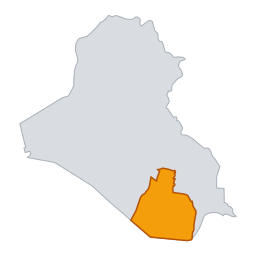 Al-Muthannia on a map of Iraq (Natural Earth projection)
{"feature_id": "IRQ-3223", "entity_name": "Al-Muthannia", "entity_type": "Province", "adm_level": 1, "iso_a3": "IRQ", "parent_name": "Iraq", "parent_adm1": "", "projection": "natural_earth1", "projection_center": [45.575, 30.396], "detail": "fine", "context": "in_parent", "style": "filled", "palette": "amber", "viewbox_px": 256, "rotation_deg": 0, "n_neighbors": 0, "source": "natural_earth", "source_scale": "10m", "svg_char_len": 4560}
<svg xmlns="http://www.w3.org/2000/svg" viewBox="0 0 256 256"><path d="M99.9,22.5L102.0,21.9L106.0,18.7L108.3,15.6L109.0,15.4L111.1,16.4L112.5,16.6L115.9,15.5L117.9,16.1L119.6,16.9L120.6,16.9L125.1,18.8L126.2,19.0L128.6,19.3L132.1,19.4L134.3,18.1L135.9,16.9L137.0,17.0L138.1,17.3L139.0,17.8L139.8,18.7L140.2,19.9L140.0,24.0L140.3,25.1L140.9,25.9L141.7,26.0L142.7,25.1L144.4,23.8L146.4,22.4L147.9,21.1L148.8,20.7L150.2,20.7L151.5,20.9L152.3,21.6L152.3,21.8L153.0,23.7L154.8,30.8L155.8,31.7L156.9,32.5L157.8,33.6L158.1,34.6L158.0,36.3L158.0,38.2L158.5,39.7L159.2,40.8L159.8,41.4L160.7,41.4L161.8,41.7L162.6,42.8L165.0,51.0L165.2,52.1L166.2,52.4L167.9,52.2L169.6,53.1L171.4,54.4L173.1,56.9L174.3,57.3L177.9,56.9L182.8,57.3L185.1,58.6L184.9,59.4L183.1,60.3L180.0,61.3L179.1,63.1L178.5,65.4L178.6,66.6L179.4,68.0L181.6,70.8L181.8,71.9L182.2,73.3L182.6,74.2L182.1,76.1L180.1,77.4L177.5,78.8L172.1,85.0L171.7,86.4L171.8,90.0L171.2,91.1L169.6,91.1L168.2,90.9L168.2,92.2L167.3,93.9L166.9,95.4L168.8,98.9L169.2,100.8L168.9,102.5L167.0,105.5L166.0,107.4L166.2,107.9L167.6,108.7L172.1,115.2L173.5,117.4L175.3,116.8L176.0,116.9L176.6,117.2L176.9,118.0L176.9,119.0L176.5,120.4L178.8,121.0L179.7,122.5L182.5,127.5L182.4,129.0L181.0,131.4L181.0,133.0L181.3,134.4L181.8,134.9L185.9,135.1L187.6,135.7L191.9,138.3L196.7,142.2L200.7,145.5L204.1,148.3L207.7,148.0L208.7,148.6L209.6,149.4L210.7,151.7L212.8,156.8L214.6,158.5L217.3,162.6L219.9,166.5L218.2,171.7L216.6,177.2L216.6,184.2L216.7,188.0L220.2,188.2L224.0,188.3L224.1,192.8L224.2,197.4L224.2,202.6L225.4,202.8L227.2,203.9L228.0,205.6L228.9,206.5L230.1,206.6L231.3,207.5L232.5,209.0L232.9,210.1L232.6,210.9L232.8,212.2L233.6,214.2L234.6,215.1L236.2,216.2L234.1,216.9L231.9,216.4L227.1,214.1L225.6,214.0L223.6,214.9L223.5,215.7L218.5,213.1L216.7,212.6L216.0,212.6L213.1,212.6L209.0,213.0L206.6,214.1L205.0,215.2L204.2,216.3L203.9,216.8L202.7,220.0L201.2,224.1L199.6,227.8L196.6,232.9L194.9,235.3L191.3,239.7L187.4,240.6L178.3,239.8L168.2,238.8L158.1,237.8L150.7,237.1L150.1,236.9L142.7,230.5L136.9,225.5L129.7,219.3L122.3,212.9L114.8,206.5L109.4,201.8L102.8,195.7L96.8,190.2L92.1,185.9L86.0,182.1L81.3,179.1L74.4,174.8L68.9,171.3L64.1,168.4L56.9,163.8L54.5,162.6L46.9,161.0L39.8,159.8L32.4,158.4L27.4,157.5L30.8,154.3L29.8,151.4L27.4,151.9L25.2,152.6L24.0,148.1L25.7,147.5L24.2,141.6L22.7,135.6L21.3,129.7L19.8,123.7L26.2,119.8L30.9,117.0L37.5,112.9L43.8,109.1L49.9,105.4L56.5,101.3L62.5,97.7L67.9,96.2L69.0,95.0L71.6,90.1L73.7,85.8L73.8,84.8L73.9,78.8L74.4,71.7L75.1,68.0L76.4,64.6L77.5,62.2L77.7,59.9L77.6,57.6L76.5,54.1L75.3,50.5L75.5,47.0L75.7,45.1L76.5,42.1L77.8,39.9L79.2,38.5L84.3,37.1L87.3,36.3L91.4,32.4L93.8,30.1L97.2,26.5L99.7,23.8L99.9,22.8L99.9,22.5Z" fill="#d9dde1" stroke="#a8b0b8" stroke-width="1"/><path d="M191.9,239.0L191.3,239.8L190.3,240.0L189.3,240.2L188.9,240.3L188.4,240.4L187.4,240.6L185.0,240.4L183.3,240.3L181.6,240.1L179.9,239.9L178.2,239.8L175.9,239.5L173.6,239.3L171.3,239.1L169.0,238.9L166.7,238.7L164.5,238.4L162.2,238.2L159.9,238.0L158.1,237.8L156.3,237.7L154.5,237.5L152.7,237.3L150.7,237.1L150.4,237.0L150.3,236.9L150.1,236.9L148.4,235.4L146.3,233.6L144.2,231.8L142.0,229.9L139.9,228.1L137.4,225.9L134.8,223.7L132.3,221.5L130.8,220.3L131.1,219.7L136.0,210.7L140.1,198.5L140.9,196.8L141.8,195.6L142.1,195.2L143.2,194.4L144.6,193.8L144.7,193.7L145.8,191.9L146.7,190.8L147.7,189.8L148.8,187.9L149.3,186.6L151.0,177.0L154.8,179.9L156.6,180.9L157.1,178.1L158.5,174.1L159.2,172.7L159.5,171.7L159.6,171.3L159.1,171.1L158.9,170.8L158.8,170.5L158.7,170.3L158.5,170.2L158.1,170.0L157.9,169.9L157.7,169.6L158.2,169.6L161.8,168.7L162.0,168.3L163.6,168.3L169.0,169.4L172.9,170.8L173.9,170.7L174.4,170.6L174.6,170.4L175.3,171.2L175.4,171.6L175.3,172.1L175.4,172.5L175.3,172.8L175.2,172.9L174.9,172.6L174.7,172.5L174.4,172.8L174.3,173.4L174.3,173.7L174.4,173.8L174.5,173.9L174.7,174.1L174.9,174.4L175.0,175.2L175.0,175.6L175.0,175.9L173.4,177.9L173.2,178.4L173.2,178.8L173.9,178.9L175.1,178.9L173.8,182.1L173.6,183.0L173.6,183.3L174.0,183.5L174.4,183.8L174.6,183.9L174.8,184.2L174.8,184.7L174.6,185.5L174.5,185.8L174.2,185.8L173.7,185.7L173.4,185.7L173.2,186.1L173.1,186.8L173.0,187.3L172.9,188.1L172.8,188.7L173.1,192.5L184.0,194.0L187.6,195.3L189.6,198.8L190.6,200.8L190.8,201.2L191.1,201.4L191.4,201.4L192.1,201.2L192.5,202.9L192.9,205.4L193.1,206.2L193.4,206.9L195.6,210.3L195.8,210.8L195.9,211.3L196.0,212.0L196.0,212.8L194.2,223.1L193.9,225.8L193.9,229.3L193.8,230.0L193.0,231.5L192.7,232.1L192.5,232.8L192.1,238.3L191.9,239.0L191.9,239.0Z" fill="#f59e0b" stroke="#b45309" stroke-width="1.5"/></svg>